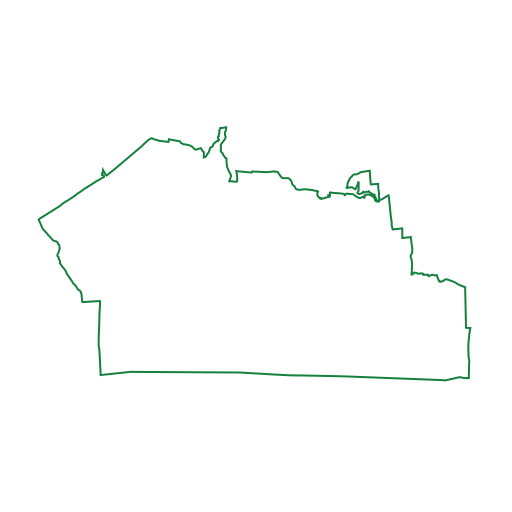 Dragoesti, Vâlcea, Romania, rotated 273°
{"feature_id": "2599482B56632768650185", "entity_name": "Dragoesti", "entity_type": "district", "adm_level": 2, "iso_a3": "ROU", "parent_name": "Romania", "parent_adm1": "Vâlcea", "projection": "natural_earth1", "projection_center": [24.313, 44.81], "detail": "fine", "context": "isolated", "style": "outline", "palette": "green", "viewbox_px": 512, "rotation_deg": 273, "n_neighbors": 0, "source": "geoboundaries", "source_scale": "gbopen_adm2", "svg_char_len": 6027}
<svg xmlns="http://www.w3.org/2000/svg" viewBox="0 0 512 512"><g transform="rotate(273 256 256)"><path d="M322.5,342.5L321.3,341.5L321.4,341.3L322.2,341.2L322.4,341.1L322.7,340.2L322.7,339.6L323.0,335.2L323.0,332.0L323.3,326.5L323.2,326.4L321.3,326.6L319.6,326.6L319.1,326.5L319.0,326.4L318.9,325.7L319.0,325.4L320.4,325.2L320.5,325.0L318.9,324.9L318.5,324.7L318.4,324.4L318.0,322.3L317.1,320.9L317.1,319.8L316.8,319.0L316.3,318.3L316.4,318.1L317.1,318.0L317.4,317.8L317.4,317.3L317.0,316.7L318.2,315.3L318.8,315.1L318.9,314.7L319.3,314.3L321.0,313.9L321.5,313.9L322.4,314.0L323.6,314.6L323.8,314.5L324.1,313.3L324.1,312.5L324.3,311.7L324.4,310.6L324.9,308.2L324.9,306.1L325.1,304.7L325.2,301.8L325.1,300.8L324.9,298.8L324.4,296.9L324.4,295.5L324.4,294.4L324.9,292.6L325.1,292.3L327.7,290.8L327.9,290.5L328.5,289.5L329.2,288.8L330.5,288.1L331.9,287.7L332.5,287.4L333.1,287.0L334.0,286.2L335.2,284.8L335.4,284.1L335.3,282.3L335.3,281.1L335.1,279.3L335.3,278.3L335.7,277.6L336.5,276.8L340.9,273.3L341.2,272.9L341.3,272.4L341.1,270.5L341.2,270.2L341.5,269.9L340.3,262.7L340.2,247.6L339.1,247.3L339.7,231.9L338.5,232.3L335.7,232.7L332.8,233.2L332.2,233.2L330.2,233.1L329.4,233.2L329.1,231.4L329.1,229.8L329.4,228.1L329.3,226.9L329.1,225.5L330.0,225.6L333.6,226.7L334.4,226.9L335.1,226.9L336.7,226.1L339.6,224.3L340.9,223.8L342.4,222.9L343.3,222.5L349.3,221.5L351.6,221.5L352.1,221.3L352.5,220.1L352.7,219.9L353.6,219.4L354.9,218.2L356.8,217.3L358.1,215.8L359.2,215.2L359.6,215.2L360.3,215.4L360.9,215.5L362.0,215.2L362.9,215.2L364.4,215.0L365.3,215.1L366.3,215.5L368.4,217.1L371.4,219.0L373.3,219.5L373.7,219.4L375.1,218.7L376.3,218.7L377.4,218.5L378.1,218.5L378.9,219.0L380.2,219.4L381.1,219.5L383.0,219.5L382.9,218.6L382.2,216.3L382.0,214.6L382.0,213.6L380.7,213.3L379.6,212.8L378.7,212.7L376.9,213.1L376.2,212.7L375.6,212.6L374.9,212.6L374.3,212.3L373.7,212.6L373.5,212.4L373.5,212.2L373.3,212.0L372.3,211.7L370.6,212.6L370.3,212.9L370.1,212.8L370.1,212.5L369.9,212.3L369.2,212.6L368.9,212.4L368.8,211.4L368.6,210.8L366.9,208.9L365.3,207.5L364.0,207.2L363.3,206.9L362.6,206.1L362.0,204.8L357.2,203.4L355.5,202.2L353.9,201.5L352.3,200.3L351.7,198.7L356.9,198.5L358.1,197.2L360.8,195.3L360.3,193.8L359.3,191.3L359.2,189.7L359.8,188.6L361.0,187.5L362.0,186.2L363.0,184.1L363.7,179.7L363.9,177.4L365.2,174.9L366.5,174.1L368.0,162.9L365.3,162.6L366.0,153.2L366.6,151.2L366.9,149.4L367.0,148.7L367.7,147.1L368.1,145.6L368.1,145.3L367.5,144.3L366.3,142.5L365.7,141.9L363.3,139.6L362.0,138.2L360.0,136.5L349.6,125.4L337.2,112.3L333.6,108.3L328.5,102.5L328.6,102.3L330.4,100.9L333.9,98.7L332.4,98.6L331.7,98.7L331.1,98.6L331.1,98.4L330.1,97.9L329.2,97.9L328.9,97.9L328.7,98.2L328.6,99.0L328.3,99.7L327.7,100.0L327.0,100.1L324.8,96.6L323.2,94.4L322.5,92.8L322.0,92.3L318.3,87.2L315.7,83.5L314.6,81.7L311.4,77.9L308.8,74.3L306.0,71.1L301.9,65.5L299.9,62.4L297.7,59.6L295.8,57.7L281.6,37.5L281.2,37.4L280.8,37.1L277.2,39.0L272.2,41.4L267.3,46.3L265.8,47.6L264.0,49.6L261.4,52.0L261.0,52.6L259.7,56.8L257.5,57.7L257.2,58.5L255.4,59.2L253.3,59.6L248.8,58.5L247.4,57.8L246.6,57.6L245.9,57.6L245.2,57.9L244.5,58.8L243.7,59.2L242.6,59.3L242.0,59.7L240.4,60.6L238.7,60.5L235.5,62.9L232.8,65.4L230.1,67.4L229.1,67.5L226.1,69.8L221.1,73.6L218.7,75.2L217.9,76.4L216.9,77.4L213.3,79.9L212.8,81.0L211.9,82.2L210.7,83.0L208.3,83.8L202.9,84.6L200.9,85.1L202.7,101.0L202.7,102.6L197.6,102.8L189.8,102.7L184.2,102.9L166.4,103.2L158.8,103.5L153.2,104.6L129.0,107.1L133.7,136.4L138.8,246.0L138.6,279.8L138.6,296.6L139.2,311.2L140.3,344.8L140.5,356.0L141.8,447.3L141.7,451.8L145.7,465.7L145.0,470.2L145.2,474.9L153.4,474.6L162.9,474.4L164.9,474.0L166.4,473.5L168.8,473.4L174.5,472.9L178.0,472.7L181.9,472.8L190.1,473.2L195.3,473.8L195.1,472.7L195.3,471.4L195.3,469.5L235.7,466.5L238.2,459.4L238.4,459.2L238.9,458.1L240.1,456.2L242.0,450.3L242.7,447.7L242.6,446.8L242.3,445.9L242.1,445.6L241.0,444.5L240.7,443.6L240.0,442.2L239.9,441.7L239.9,441.3L240.1,440.8L240.1,440.4L240.5,440.2L240.7,440.5L240.8,440.5L241.3,439.7L241.5,439.5L243.5,438.8L244.7,438.1L246.4,437.4L246.1,436.3L246.0,435.6L246.5,432.8L245.7,431.3L245.2,430.1L245.0,429.2L245.3,429.0L246.0,429.1L246.3,428.7L246.0,423.7L246.3,423.6L247.0,423.8L247.2,423.5L247.3,421.6L246.8,419.6L246.8,419.0L246.8,418.6L247.6,417.0L247.6,415.6L247.7,414.7L246.7,414.1L245.8,413.2L245.5,412.6L245.6,412.3L246.0,412.2L248.4,412.4L256.6,412.3L261.0,411.4L264.0,410.3L267.1,411.5L267.6,411.8L270.8,411.6L271.6,411.8L274.8,411.0L283.0,409.6L281.6,401.2L291.2,400.6L289.7,391.2L292.0,390.3L294.3,389.8L297.0,389.7L302.9,388.5L310.0,387.4L313.0,387.0L315.6,386.5L320.9,385.8L323.5,385.2L322.9,383.9L319.6,379.4L318.2,376.4L321.4,375.6L325.1,375.6L328.2,374.9L330.7,374.5L334.4,374.2L333.5,366.9L339.4,366.0L344.0,365.5L347.1,365.1L345.1,355.9L344.9,355.7L344.6,355.2L343.9,354.6L343.6,353.7L342.9,352.7L342.6,349.7L342.4,349.3L341.4,348.1L340.4,347.6L339.5,346.5L338.0,345.5L336.9,345.0L334.3,344.0L333.0,343.7L330.5,343.5L329.9,343.4L328.9,342.9L328.7,343.0L328.6,343.5L329.2,344.9L329.7,348.0L329.2,349.2L327.9,351.3L327.8,351.7L331.2,353.3L333.3,353.9L334.6,354.1L335.7,354.7L333.2,354.7L328.9,355.0L326.4,354.9L325.8,354.7L324.8,354.0L324.5,354.0L324.3,354.0L323.7,354.5L323.3,355.1L323.2,355.8L323.6,356.6L323.7,357.2L324.5,359.1L324.8,359.4L325.5,359.5L325.8,359.8L325.7,360.0L325.1,360.0L325.0,360.4L326.0,363.1L325.9,364.7L326.0,364.9L326.4,365.1L326.0,365.6L325.7,366.2L325.3,366.6L324.9,367.5L323.3,369.7L323.3,370.0L323.6,370.7L323.6,370.9L323.3,371.1L322.7,371.2L322.2,371.6L318.2,373.4L317.9,373.7L317.4,375.8L317.3,376.0L316.9,376.0L316.7,373.8L316.8,373.5L317.4,372.4L317.5,372.3L319.4,371.6L320.0,371.2L320.6,370.8L321.6,369.4L322.6,367.6L323.0,366.5L323.2,365.9L323.2,365.0L323.1,363.5L323.0,362.8L322.6,361.8L322.2,361.5L320.2,361.3L319.8,361.0L319.9,360.8L320.7,360.4L320.9,360.1L320.9,359.8L320.3,358.6L319.7,357.8L319.4,357.3L319.3,356.5L319.9,354.5L320.6,353.0L322.4,350.4L322.9,349.3L322.8,347.0L323.0,344.3L323.0,343.3L322.5,342.5Z" fill="none" stroke="#15803d" stroke-width="2"/></g></svg>